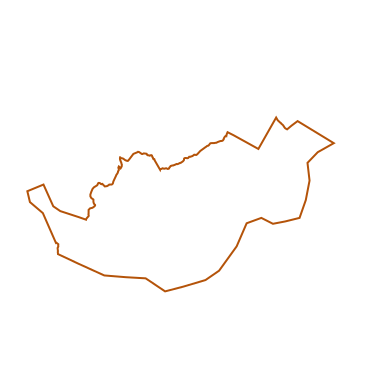 the district of Assin Fosu, Central, Ghana, rotated 150°
{"feature_id": "2480657B24956698199939", "entity_name": "Assin Fosu", "entity_type": "district", "adm_level": 2, "iso_a3": "GHA", "parent_name": "Ghana", "parent_adm1": "Central", "projection": "natural_earth1", "projection_center": [-1.29, 5.722], "detail": "fine", "context": "isolated", "style": "outline", "palette": "amber", "viewbox_px": 384, "rotation_deg": 150, "n_neighbors": 0, "source": "geoboundaries", "source_scale": "gbopen_adm2", "svg_char_len": 5296}
<svg xmlns="http://www.w3.org/2000/svg" viewBox="0 0 384 384"><g transform="rotate(150 192 192)"><path d="M81.9,214.4L113.0,196.1L120.4,208.4L127.7,220.5L131.3,226.0L132.8,224.9L133.7,223.9L133.7,224.0L134.0,223.9L134.7,223.8L135.6,223.5L136.1,223.4L137.8,222.4L137.9,222.2L138.0,222.1L138.2,221.8L138.3,221.8L138.6,221.6L139.3,221.3L139.6,221.3L139.7,221.2L140.2,221.2L140.4,221.3L140.5,221.3L141.1,221.5L141.6,221.8L141.9,221.9L142.3,222.0L144.6,222.4L146.4,222.5L146.9,222.8L147.2,222.9L147.7,223.1L148.2,223.2L148.5,223.4L149.5,223.9L149.9,224.2L150.5,224.5L151.4,224.9L151.7,225.0L151.9,225.0L153.8,224.2L154.2,224.1L154.5,224.0L154.9,224.0L155.3,224.2L155.6,224.3L156.0,224.3L157.1,224.1L157.3,224.1L157.8,224.1L164.3,223.4L168.4,222.1L169.6,221.9L169.9,222.2L170.0,222.2L170.4,222.4L170.7,222.5L171.4,223.2L173.5,222.9L173.6,223.0L174.1,223.0L174.9,223.2L175.2,223.2L175.4,223.3L175.6,223.3L175.8,223.3L176.0,223.5L176.3,223.6L176.7,223.8L176.8,223.9L177.2,223.8L177.8,223.6L178.1,223.4L178.3,223.4L178.6,223.4L179.1,223.6L179.3,223.7L179.4,223.8L179.5,223.8L179.7,224.0L180.0,224.3L180.6,224.7L180.8,224.8L181.5,225.0L181.8,225.0L182.2,224.8L182.3,224.7L182.5,224.4L182.7,224.1L182.9,223.8L183.2,223.6L183.4,223.5L184.5,223.1L186.8,222.9L187.1,222.9L187.2,223.0L187.3,223.0L187.6,223.0L188.1,223.2L188.3,223.1L188.6,223.2L190.3,223.3L190.6,223.4L191.0,223.6L191.2,223.8L191.4,224.0L191.6,224.0L192.0,224.0L192.6,224.1L192.8,224.1L193.0,224.1L193.3,224.1L193.5,224.2L193.8,224.2L194.1,224.3L194.6,224.3L194.8,224.4L195.0,224.4L195.3,224.5L195.9,224.9L196.2,224.9L196.3,224.9L196.6,224.9L197.0,225.1L197.5,225.2L198.0,225.0L198.5,224.7L198.8,224.6L199.4,224.5L199.8,224.2L200.0,223.9L200.3,223.8L201.3,224.0L201.6,224.2L202.2,225.1L202.3,225.3L202.5,225.4L202.6,225.5L203.2,225.7L203.4,225.8L203.7,225.8L204.2,226.0L204.5,226.1L204.7,226.3L204.9,226.5L205.0,226.6L205.2,226.8L205.6,227.2L205.7,227.3L205.9,227.3L206.2,227.3L206.8,227.2L207.6,227.5L207.9,227.6L208.2,227.5L208.5,227.2L208.5,233.2L208.5,238.6L208.3,238.8L208.2,239.0L208.2,239.3L208.3,239.5L208.8,239.8L208.9,240.1L209.0,240.2L208.9,240.5L208.8,241.0L208.7,241.2L208.7,241.5L208.8,241.5L208.8,241.9L208.8,242.1L208.8,242.3L208.8,242.5L208.7,242.7L208.6,243.1L208.5,243.4L208.5,243.5L208.6,244.0L208.9,244.3L209.1,244.4L209.4,244.5L210.2,244.5L210.3,244.5L210.5,244.6L210.6,244.8L210.8,244.9L210.9,245.2L211.3,245.6L211.9,245.9L212.0,246.0L212.3,246.7L212.3,246.9L212.3,247.1L212.2,247.2L212.2,247.6L212.2,247.8L212.7,248.2L212.9,248.4L213.2,248.6L213.4,248.7L213.6,248.9L214.4,249.5L214.7,249.6L215.0,249.6L215.5,249.6L215.9,249.7L216.2,249.8L216.4,250.0L216.7,250.5L217.1,251.5L217.4,252.0L217.5,252.3L217.7,252.8L217.8,252.9L218.1,253.3L218.6,253.7L218.7,253.8L219.1,253.7L223.7,254.3L230.4,251.5L232.0,251.0L232.5,251.3L232.7,251.6L232.9,251.7L233.1,252.0L233.3,252.1L233.5,252.5L233.9,253.0L234.2,253.6L234.3,253.9L234.6,254.6L234.9,255.3L235.1,255.5L235.4,255.9L236.3,256.6L236.5,256.9L236.6,257.2L236.7,257.6L236.8,257.9L236.9,258.0L237.1,257.8L237.1,257.7L237.5,257.2L237.7,256.9L237.8,256.8L238.2,255.8L238.3,254.5L238.4,254.4L238.4,254.1L238.5,253.9L238.5,253.7L238.5,253.4L238.6,252.7L238.7,252.3L238.9,251.9L239.0,251.6L239.0,251.4L239.0,250.9L240.0,249.4L241.2,248.6L242.0,248.2L242.3,250.0L242.6,250.7L243.5,250.0L243.6,249.9L243.9,248.8L244.2,247.9L244.5,247.5L245.0,247.2L245.5,247.0L245.8,246.8L246.1,246.3L246.8,245.8L247.2,245.4L248.9,244.7L249.6,244.1L252.9,241.8L253.9,241.1L254.9,240.4L256.1,239.1L256.6,238.8L257.0,238.7L257.4,238.6L257.9,238.7L258.4,238.9L258.7,239.1L259.3,239.5L259.5,239.6L259.8,239.7L260.1,239.8L260.6,239.6L262.7,239.6L264.7,240.4L265.6,243.9L265.9,244.0L266.0,243.9L266.3,243.9L266.5,244.1L266.9,244.5L267.1,245.0L267.4,245.8L267.5,245.9L267.5,246.0L268.2,246.5L268.3,246.5L268.6,246.6L268.8,246.5L269.1,246.3L269.5,246.1L269.7,245.9L270.1,245.6L270.6,245.3L270.9,245.3L271.1,245.2L274.6,245.1L276.6,244.4L279.0,242.6L281.3,240.6L282.2,239.0L282.2,237.0L281.3,235.2L281.2,234.9L281.2,234.6L281.9,233.5L282.1,233.1L282.2,232.9L282.6,231.9L282.6,231.4L282.7,231.1L282.7,230.3L282.5,229.8L282.4,229.5L282.4,229.3L282.5,229.0L282.8,228.7L283.0,228.7L283.6,228.4L284.1,228.3L284.5,228.2L284.9,228.2L286.1,228.1L288.5,228.8L290.5,228.2L292.3,225.1L292.5,224.9L292.7,224.7L292.8,224.6L293.1,223.5L293.5,222.9L294.2,222.6L294.4,222.6L294.9,222.4L295.2,222.3L295.8,222.1L296.3,221.9L296.8,221.7L297.1,221.5L297.3,221.3L297.6,221.0L302.4,226.6L315.6,241.3L319.3,249.0L316.9,272.7L325.2,273.8L334.2,275.0L337.4,264.3L331.7,248.3L335.3,215.9L334.8,215.9L334.7,215.6L333.9,213.6L335.1,211.8L335.1,211.6L335.6,211.2L336.0,211.0L336.3,210.8L336.5,210.5L337.6,208.0L337.6,207.9L338.0,207.4L338.2,207.2L338.4,206.8L338.7,206.0L338.9,205.6L339.1,205.2L326.3,186.8L309.7,163.6L291.9,151.3L275.3,140.4L265.0,119.4L246.9,114.4L224.3,109.0L207.9,110.3L180.5,122.6L160.3,137.6L144.9,134.9L137.8,124.0L126.0,119.9L111.8,115.8L97.5,128.1L84.5,143.1L77.4,159.5L63.2,163.6L44.8,163.4L48.6,170.4L65.1,200.6L72.6,199.7L78.3,198.7L79.2,200.2L79.4,200.6L79.6,201.6L79.6,202.1L79.6,202.7L79.7,202.8L79.7,204.0L79.8,204.5L80.0,205.2L80.4,206.2L80.5,206.6L80.5,207.0L80.6,207.4L80.7,207.6L80.8,207.7L81.1,208.6L81.5,210.0L81.8,210.9L81.9,211.2L81.9,214.4Z" fill="none" stroke="#b45309" stroke-width="2"/></g></svg>